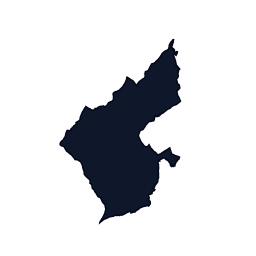 outline of Cata, Brasov, Romania, rotated 110°
{"feature_id": "2599482B43021810170030", "entity_name": "Cata", "entity_type": "district", "adm_level": 2, "iso_a3": "ROU", "parent_name": "Romania", "parent_adm1": "Brasov", "projection": "robinson", "projection_center": [25.249, 46.128], "detail": "fine", "context": "isolated", "style": "filled", "palette": "ink", "viewbox_px": 256, "rotation_deg": 110, "n_neighbors": 0, "source": "geoboundaries", "source_scale": "gbopen_adm2", "svg_char_len": 5745}
<svg xmlns="http://www.w3.org/2000/svg" viewBox="0 0 256 256"><g transform="rotate(110 128 128)"><path d="M122.2,174.9L123.3,175.1L123.8,175.4L125.7,175.7L126.3,175.7L127.4,176.0L128.8,176.3L134.2,176.5L135.6,176.2L136.1,175.7L136.8,176.1L137.9,176.4L140.5,178.6L140.9,178.7L141.6,177.7L143.2,178.6L144.6,179.7L146.5,180.0L146.6,180.5L147.6,180.4L147.9,180.9L148.5,181.0L148.6,181.3L149.6,181.3L150.0,181.1L150.7,182.0L150.6,182.7L150.8,183.0L151.0,184.3L152.4,184.5L155.1,184.4L156.8,184.1L158.4,184.2L160.0,184.7L161.8,184.9L162.6,185.7L163.4,185.9L164.4,186.4L166.0,186.4L166.4,186.3L167.0,185.9L167.5,184.6L167.3,182.4L167.4,181.8L170.6,178.0L171.3,175.8L172.3,173.2L172.4,172.1L173.5,170.4L174.4,168.7L175.5,167.3L175.8,166.7L175.2,165.5L175.3,163.3L175.6,162.9L175.7,161.4L176.0,160.7L177.0,159.8L178.4,158.3L181.7,156.2L184.5,153.9L185.0,153.9L186.2,153.4L187.5,151.6L188.0,150.4L188.4,149.6L189.6,146.4L191.0,145.3L192.9,144.9L193.2,143.7L193.8,142.7L194.2,142.3L195.8,141.5L197.0,140.8L197.6,138.8L199.2,137.4L199.9,136.0L201.3,134.5L201.4,134.1L202.3,133.4L202.8,132.3L202.9,130.1L204.7,128.1L206.1,126.9L208.3,123.1L209.8,122.4L211.5,121.3L211.9,120.8L213.0,121.0L216.1,120.6L220.6,121.1L225.9,122.2L226.6,122.1L225.0,121.2L221.9,119.2L220.1,117.1L217.9,115.1L216.2,112.2L215.9,111.5L215.6,111.2L214.7,111.3L214.4,110.6L214.4,110.3L214.2,109.9L214.4,109.5L213.3,107.1L213.2,106.1L212.9,105.7L212.4,105.6L212.1,105.2L212.0,104.6L212.1,104.1L211.9,104.0L211.6,103.6L211.3,103.4L211.0,103.2L211.1,102.9L210.3,102.4L210.1,101.9L209.5,101.4L207.1,99.7L207.4,99.6L205.8,97.9L205.2,97.2L206.8,96.3L206.3,95.4L205.3,94.2L204.5,92.8L204.3,92.9L203.8,92.3L203.3,92.4L200.8,90.3L199.1,89.6L197.9,88.1L197.5,88.2L197.3,87.9L196.9,87.1L196.4,86.6L195.5,85.0L194.1,83.2L194.4,82.1L194.1,81.8L192.5,81.4L192.5,81.5L191.7,81.1L190.1,81.7L188.8,82.9L187.8,84.4L186.4,84.1L186.0,84.3L185.8,84.9L184.2,85.9L183.3,85.2L182.4,84.1L181.7,83.6L181.7,83.3L181.3,83.0L180.2,83.3L180.1,83.6L179.8,83.9L177.8,81.9L177.6,82.1L177.2,81.9L177.0,82.0L176.6,81.8L176.1,83.8L174.7,82.9L172.9,83.0L169.1,81.8L167.7,81.8L165.9,82.4L165.0,82.4L164.5,82.2L162.9,82.9L160.8,83.6L158.9,84.4L158.0,85.0L157.4,85.0L154.9,85.6L152.9,86.6L152.3,86.6L150.4,88.0L149.9,88.1L149.0,88.0L148.5,88.1L148.2,87.8L148.2,86.9L147.1,87.4L146.6,86.8L146.0,86.3L143.8,84.1L143.6,83.7L143.8,82.9L144.1,82.4L144.4,82.2L144.7,81.2L144.8,80.6L144.7,80.3L144.7,79.8L144.9,79.1L145.5,78.6L145.7,78.2L145.7,77.7L146.1,77.6L146.7,76.7L147.0,76.0L147.7,75.8L148.2,75.3L148.8,75.2L149.0,74.5L148.8,74.6L148.7,74.2L149.0,73.9L148.8,73.8L148.9,73.5L148.7,73.1L148.8,73.0L149.0,73.2L148.8,72.7L149.1,72.7L148.5,72.5L148.3,72.6L148.4,72.4L148.2,72.4L148.3,72.2L147.8,72.0L147.8,71.7L147.5,71.8L147.5,71.2L147.1,71.4L146.6,71.2L145.3,71.5L145.0,71.2L143.3,71.2L142.5,70.6L141.1,70.5L140.1,69.6L137.8,69.6L137.6,71.0L137.8,73.9L137.5,76.4L137.6,77.8L136.6,78.7L132.4,82.0L135.2,84.0L136.7,85.4L138.4,86.5L139.0,87.2L141.5,88.7L141.9,89.6L142.5,90.0L143.5,90.2L143.0,91.1L142.2,92.6L141.5,93.7L141.3,94.5L141.4,95.4L140.5,96.8L140.5,97.0L140.1,97.3L140.0,97.8L139.2,99.1L138.9,100.0L137.8,101.1L136.5,102.5L137.8,102.9L139.1,103.7L139.5,104.8L139.3,106.7L138.4,108.1L138.1,108.4L137.8,109.2L135.8,111.9L134.1,113.4L132.9,114.7L131.7,115.6L130.9,115.8L126.6,115.7L126.1,115.8L125.5,114.9L124.7,113.8L124.2,113.4L119.9,112.3L118.5,112.3L117.6,111.5L117.2,111.5L115.3,110.8L114.9,110.4L114.2,109.4L114.0,108.7L113.5,108.2L113.0,108.0L112.7,107.6L112.7,107.3L112.9,106.8L112.4,106.6L112.2,106.3L111.3,106.2L108.9,106.6L107.4,106.5L107.5,105.5L107.2,104.3L105.9,102.8L104.7,102.2L104.0,102.1L103.9,102.0L103.6,102.0L103.4,101.5L102.7,101.1L102.3,100.5L97.5,97.6L96.3,96.7L96.0,96.4L95.8,96.0L95.3,95.5L94.3,94.8L93.1,94.5L92.2,93.8L90.6,92.2L89.8,91.0L88.6,90.1L85.8,88.3L84.8,87.9L81.7,90.8L80.4,92.5L78.5,93.6L77.8,94.3L76.9,94.5L75.7,94.3L73.1,93.0L72.1,93.3L69.9,94.7L69.3,96.8L67.0,98.1L66.2,98.9L65.3,99.4L64.7,98.8L63.1,98.4L61.6,98.7L59.6,99.8L57.8,99.9L56.8,100.3L56.1,100.1L55.0,99.6L54.9,100.1L54.9,100.3L54.6,100.4L54.7,100.6L54.7,100.8L54.4,100.8L54.2,101.1L54.3,101.1L54.2,101.4L53.9,101.4L53.6,102.2L53.3,102.4L53.4,102.7L53.1,102.8L53.2,103.0L52.7,103.5L52.9,103.8L52.7,104.1L51.7,104.5L50.4,105.4L48.4,106.5L47.2,107.6L45.4,109.0L44.7,109.8L44.6,110.3L43.9,110.1L42.2,109.5L42.8,108.9L43.3,107.7L41.1,107.4L39.5,107.6L39.4,108.0L39.6,108.4L40.0,108.7L40.3,109.2L40.8,109.4L40.8,109.6L40.2,110.8L38.9,111.0L38.6,111.3L38.2,112.1L39.0,112.3L39.2,112.6L39.1,113.1L38.6,113.5L37.7,113.3L37.1,114.9L35.3,114.6L34.3,114.9L32.0,114.8L31.2,115.1L29.4,115.4L29.7,116.0L31.0,116.3L32.5,117.0L35.6,117.6L37.8,117.1L39.5,116.9L40.1,117.0L41.5,117.7L41.9,118.3L43.2,119.6L44.6,120.5L46.5,121.4L49.0,121.8L51.3,122.4L53.7,123.3L55.6,124.4L56.9,124.8L57.8,125.4L58.9,126.4L59.3,127.3L59.6,127.6L61.5,128.0L66.9,128.6L68.0,129.4L69.0,130.9L70.4,130.7L71.2,130.7L72.5,129.9L75.3,129.2L75.4,129.6L76.5,130.4L76.7,130.8L78.7,132.0L80.5,133.3L82.9,134.0L84.5,134.0L85.1,133.8L85.6,133.8L85.2,134.8L84.2,135.6L84.0,136.6L82.8,138.1L81.9,139.7L81.6,141.8L80.6,145.7L80.6,146.4L81.3,146.4L81.8,146.0L86.2,146.1L87.7,146.3L88.8,146.8L89.6,146.7L91.3,147.2L95.8,149.3L96.3,150.0L97.4,150.9L98.2,152.3L99.5,153.4L100.3,153.6L101.1,153.7L103.4,152.3L105.3,151.8L105.8,151.5L106.8,151.5L108.4,152.2L109.1,153.0L109.4,153.5L110.2,154.1L110.3,154.3L110.8,154.7L110.9,154.9L111.4,154.8L112.0,155.2L113.7,155.4L114.0,155.7L115.2,156.2L115.7,156.7L115.9,157.1L115.8,157.5L115.9,158.3L115.7,158.5L115.9,159.0L117.0,160.8L117.0,161.2L117.6,162.0L119.3,163.6L120.7,164.1L120.9,164.7L120.8,165.5L121.4,165.6L123.1,166.5L123.6,168.6L123.1,169.8L122.8,173.0L122.2,174.9Z" fill="#0f172a" stroke="#020617" stroke-width="1.5"/></g></svg>